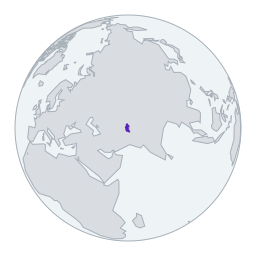 the Earth from above F.A.T.A., rotated 326°
{"feature_id": "PAK-1112", "entity_name": "F.A.T.A.", "entity_type": "Territory", "adm_level": 1, "iso_a3": "PAK", "parent_name": "Pakistan", "parent_adm1": "", "projection": "orthographic", "projection_center": [70.829, 33.002], "detail": "fine", "context": "on_globe", "style": "filled", "palette": "violet", "viewbox_px": 256, "rotation_deg": 326, "n_neighbors": 0, "source": "natural_earth", "source_scale": "10m", "svg_char_len": 11925}
<svg xmlns="http://www.w3.org/2000/svg" viewBox="0 0 256 256"><g transform="rotate(326 128 128)"><circle cx="128" cy="128" r="113" fill="#eef3f6" stroke="#a8b0b8"/><path d="M151.9,17.9L153.1,18.4L161.7,21.9L167.0,23.7L163.8,23.1L175.7,27.3L182.1,31.0L173.3,26.5L171.1,25.8L174.6,28.0L173.2,27.9L174.1,29.0L172.0,28.7L167.0,26.4L165.6,26.3L168.2,27.9L167.8,28.9L164.2,26.5L163.1,28.1L154.5,25.2L146.6,20.2L140.2,19.6L127.8,17.2L127.3,17.7L122.2,17.5L119.8,18.1L118.2,17.8L117.6,18.6L119.6,18.8L120.0,19.3L118.7,19.8L116.4,19.3L116.7,19.0L115.4,19.2L114.8,18.8L114.4,19.2L111.8,18.8L112.5,20.0L108.8,20.3L107.6,19.9L110.2,18.9L113.9,16.6L113.5,16.4L110.2,16.8L98.9,19.2L97.9,19.5L106.7,17.4L115.7,16.0L124.8,15.4L133.9,15.5L143.0,16.4L151.9,17.9ZM93.8,20.7L96.1,20.0L94.5,20.7L98.3,19.9L98.2,20.1L101.0,19.9L97.9,21.1L93.3,22.4L90.8,22.8L88.7,23.5L88.9,24.3L82.1,26.3L73.9,30.4L72.4,31.0L73.5,29.7L79.1,26.6L79.5,26.3L93.8,20.7ZM77.7,27.2L76.8,27.7L75.0,28.6L77.7,27.2ZM70.1,31.4L70.3,31.3L68.5,32.3L69.0,32.1L70.1,31.4ZM171.2,25.2L169.1,24.2L171.6,25.3L171.2,25.2ZM174.5,29.2L175.6,29.6L175.6,30.0L174.5,29.2ZM102.5,19.4L101.8,19.6L101.6,19.5L102.5,19.4ZM104.5,19.1L104.9,18.7L105.8,18.6L105.6,18.8L104.5,19.1ZM172.5,30.1L172.2,30.8L171.6,29.6L172.5,30.1ZM103.8,19.6L107.5,18.3L109.2,18.1L109.7,18.7L103.8,19.6ZM171.4,30.9L170.7,32.9L173.0,33.9L166.2,32.6L169.0,31.1L168.0,29.5L169.9,30.6L171.4,30.9ZM120.7,18.7L118.6,18.5L121.5,18.3L120.7,18.7ZM122.5,18.5L131.0,17.7L133.5,18.4L130.1,18.4L134.3,19.3L131.4,20.0L128.4,19.7L127.4,19.0L127.1,19.9L122.5,18.5ZM162.5,31.7L161.6,32.0L161.6,31.3L162.5,31.7ZM120.4,19.5L121.8,19.2L124.1,19.8L121.6,20.5L121.6,20.1L120.4,19.5ZM136.9,19.2L138.1,19.9L136.1,20.7L136.3,21.1L131.5,20.1L136.9,19.2ZM120.5,20.2L120.2,20.9L118.0,21.1L119.1,19.8L120.5,20.2ZM125.8,19.6L126.8,20.0L125.4,20.0L125.8,19.6ZM109.9,22.5L111.7,22.0L113.0,22.2L109.9,22.5ZM120.2,21.2L121.0,21.1L121.7,21.2L121.1,21.7L120.2,21.2ZM130.4,20.8L129.3,21.0L132.3,21.2L130.9,21.9L127.9,21.2L128.6,21.8L128.2,22.0L126.3,21.2L130.4,20.8ZM122.6,22.6L118.4,22.2L114.9,23.1L113.6,22.9L119.5,21.5L122.6,22.6ZM124.9,21.8L123.2,22.2L122.5,21.6L123.2,21.0L124.9,21.8ZM130.9,22.7L133.9,21.8L134.4,22.0L130.9,22.7ZM121.7,22.9L122.8,23.0L121.6,23.1L121.7,22.9ZM128.3,22.8L129.2,22.4L129.8,22.7L128.3,22.8ZM124.0,23.7L122.7,23.5L123.1,23.0L124.0,23.7ZM126.1,23.4L126.7,23.8L124.1,23.0L126.4,23.1L126.1,23.4ZM128.7,23.1L129.3,23.2L128.2,23.3L128.7,23.1ZM123.1,25.7L119.7,24.7L120.8,23.6L123.8,24.7L123.1,25.7ZM17.1,124.6L19.1,105.6L21.1,101.7L23.6,95.0L39.0,84.2L39.9,88.3L49.4,94.1L50.2,96.0L46.5,100.6L51.6,113.2L56.3,110.4L63.4,118.7L69.8,121.4L76.6,112.1L66.2,107.5L66.9,101.6L77.3,101.0L86.8,105.4L87.4,103.3L83.5,96.7L87.8,94.0L82.4,94.1L83.0,96.8L79.6,97.0L78.8,94.6L80.4,93.7L78.2,91.6L71.3,97.0L71.1,100.3L63.9,98.2L63.0,103.5L60.3,104.7L60.8,96.2L62.4,93.8L61.6,83.2L59.2,85.5L59.9,95.7L58.7,94.2L55.5,97.8L57.0,93.9L56.9,82.6L51.9,80.5L41.6,86.0L39.4,84.4L39.3,80.1L46.9,71.2L50.9,75.8L53.6,73.2L56.0,67.2L57.0,69.3L58.5,67.6L60.4,69.3L66.1,67.4L68.5,68.8L73.9,64.2L75.8,64.4L72.1,66.9L70.7,69.7L77.0,73.5L79.1,73.2L82.0,70.0L83.4,71.6L85.5,68.1L90.6,69.0L86.1,65.1L89.5,61.7L94.2,60.4L94.5,58.7L86.8,60.9L84.5,62.5L83.7,64.9L76.6,69.2L73.8,68.8L78.2,62.0L74.7,60.8L79.7,56.4L97.5,52.5L103.4,53.1L106.6,61.2L103.4,62.8L100.7,60.5L100.4,65.7L101.8,63.8L102.9,65.3L106.4,62.9L107.3,63.9L109.1,60.0L110.6,60.9L109.5,63.4L116.0,61.0L120.1,62.5L121.1,61.6L121.1,60.1L126.3,63.2L126.8,62.4L125.3,61.0L125.4,58.6L127.5,55.5L129.2,56.8L128.6,58.0L130.1,62.7L128.4,66.1L129.3,66.4L131.1,63.7L129.4,57.9L130.2,55.8L131.5,58.3L131.1,57.2L132.0,56.6L134.5,57.2L133.3,54.4L141.3,46.6L146.9,47.3L147.1,50.2L154.5,47.1L160.2,48.7L158.8,47.4L161.4,45.4L159.6,44.8L159.1,44.0L164.9,39.4L167.6,39.5L168.5,36.6L167.7,36.0L165.8,35.7L166.2,32.6L173.0,33.9L174.3,35.2L177.7,35.4L180.1,38.4L183.7,41.2L184.5,44.8L187.3,47.0L188.3,46.9L192.8,50.0L198.7,57.3L189.5,51.9L179.8,42.4L183.4,46.1L181.3,45.5L181.7,47.1L184.4,49.9L185.5,50.1L182.9,57.1L186.6,66.2L189.6,64.2L193.0,65.8L199.8,76.0L200.4,93.5L205.0,97.0L206.4,100.1L204.7,103.2L202.7,98.7L199.6,98.2L198.7,95.3L195.4,99.2L193.9,95.4L192.1,100.6L194.5,103.1L198.0,100.9L197.0,107.4L202.6,111.2L205.0,117.4L201.5,131.4L195.4,137.3L195.3,139.5L192.0,138.1L188.9,143.3L196.2,152.8L196.5,156.0L190.8,164.0L190.4,161.7L181.6,158.2L180.9,166.1L187.6,170.6L190.0,177.1L185.2,176.2L182.7,170.5L179.5,169.1L179.7,162.4L175.8,153.1L170.9,156.0L170.7,151.9L164.5,144.4L157.1,148.2L145.9,160.3L145.4,170.6L141.0,175.3L133.1,160.9L131.3,150.7L127.3,151.7L120.1,142.7L104.4,140.7L103.2,137.8L100.0,138.6L95.1,135.0L93.5,130.2L90.1,129.8L94.4,142.5L98.3,143.0L102.8,139.2L103.2,143.5L108.1,147.8L99.2,156.5L77.5,160.5L77.1,152.5L69.3,127.3L70.5,125.0L70.5,124.7L70.5,124.2L68.1,127.6L67.3,122.7L69.7,139.8L69.3,146.4L77.2,160.9L76.0,161.8L79.1,165.0L90.8,164.8L90.5,167.3L83.9,177.3L69.1,187.8L72.1,197.7L72.7,204.9L65.6,206.7L68.5,212.3L65.2,212.4L66.4,215.1L65.0,216.6L61.9,216.7L54.1,212.0L51.8,209.3L45.2,201.9L35.3,185.2L35.4,180.2L34.0,174.6L28.5,158.6L29.6,152.6L28.6,148.5L26.3,146.9L25.3,142.0L24.1,140.4L17.8,132.7L17.1,124.6ZM31.0,92.2L29.9,94.0L31.0,92.2ZM95.1,115.6L101.9,117.6L101.8,110.3L104.4,110.6L103.4,108.1L101.8,109.8L99.8,103.2L103.8,102.0L104.5,99.0L102.2,98.2L95.2,101.5L98.0,110.8L95.2,113.1L95.1,115.6ZM71.4,30.6L71.1,30.8L71.4,30.6ZM66.6,34.1L63.8,35.8L66.0,34.4L65.9,34.3L70.4,31.3L71.9,31.2L70.4,31.7L66.6,34.1ZM76.8,27.8L73.7,29.4L77.0,27.6L76.8,27.8ZM64.9,57.5L64.5,59.4L62.2,60.8L59.3,59.8L62.5,57.6L64.9,57.5ZM64.4,61.7L69.6,55.6L71.7,56.2L69.7,56.9L70.5,57.9L67.4,59.2L64.3,66.0L62.1,67.8L57.8,64.6L60.4,64.5L60.7,62.6L64.4,61.7ZM79.4,41.6L81.7,39.7L83.2,43.4L80.8,44.8L77.7,43.7L78.6,41.4L79.4,41.6ZM103.9,21.2L104.7,20.8L105.3,20.8L105.1,21.3L103.9,21.2ZM110.6,22.2L101.1,23.5L101.5,23.0L95.5,24.8L94.2,24.1L98.2,22.9L92.6,23.9L95.7,22.6L91.8,23.5L100.8,20.9L103.4,20.0L101.0,21.2L102.1,21.8L103.4,21.8L108.8,21.1L114.8,19.7L116.8,20.3L116.7,21.1L115.5,21.6L114.6,21.0L113.8,22.0L111.5,21.5L110.6,22.2ZM113.7,34.1L113.1,32.6L111.1,35.7L108.8,34.8L108.7,35.2L106.0,35.2L102.6,36.1L102.0,35.5L100.9,36.1L99.2,36.3L97.5,37.0L95.7,36.2L93.6,37.0L94.0,36.2L90.7,37.9L92.4,36.3L90.2,36.5L89.8,38.0L84.2,33.1L80.6,32.8L76.8,33.6L80.1,31.0L85.8,28.7L92.1,27.3L95.1,28.2L96.1,27.0L97.8,27.2L96.3,28.0L99.6,26.8L100.6,27.2L106.2,26.8L110.3,25.1L112.5,25.0L111.4,25.9L114.3,25.3L113.7,27.0L115.3,27.0L116.2,28.9L113.2,30.7L115.2,30.7L116.0,32.3L113.7,34.1ZM123.2,26.2L120.1,28.4L117.4,29.0L116.9,25.6L115.5,25.3L115.1,23.4L119.1,22.6L118.9,23.2L119.6,23.6L118.0,23.7L119.8,23.9L119.5,24.8L120.8,25.3L119.4,25.8L123.2,26.2ZM52.6,95.1L53.5,96.1L55.2,97.0L53.3,99.4L52.6,95.1ZM52.4,87.4L53.4,87.7L51.5,91.3L50.6,90.4L52.4,87.4ZM55.7,85.0L53.7,87.4L54.2,85.6L55.7,85.0ZM73.2,67.2L74.5,67.5L74.0,68.3L72.5,69.2L73.2,67.2ZM107.3,44.3L107.3,43.1L108.1,42.9L110.4,40.5L112.3,41.2L111.6,42.9L107.3,44.3ZM73.9,113.1L71.1,114.3L70.5,112.9L71.6,112.8L73.9,113.1ZM61.0,106.8L63.1,109.6L60.4,107.4L61.0,106.8ZM109.7,44.7L110.4,43.5L110.9,44.6L109.7,44.7ZM113.8,41.6L114.6,42.6L112.8,41.0L113.8,41.6ZM125.5,239.4L127.3,239.7L125.4,239.7L125.5,239.4ZM90.2,208.3L86.9,218.8L82.0,217.5L79.7,213.9L79.9,207.2L85.2,206.4L87.4,203.5L90.2,208.3ZM210.7,184.1L212.9,183.2L212.8,183.7L210.7,184.1ZM208.5,183.9L211.1,182.6L207.9,185.0L208.5,183.9ZM212.1,182.2L214.8,179.9L216.0,178.6L215.7,179.6L212.1,182.2ZM206.6,184.8L195.9,189.0L191.4,189.4L192.6,187.6L199.8,185.4L206.6,184.8ZM192.3,187.6L185.2,185.4L174.4,174.6L178.3,174.0L189.4,179.3L188.7,180.8L193.0,183.1L192.3,187.6ZM208.6,173.3L207.9,177.6L202.1,179.8L199.4,180.2L197.5,175.6L198.6,172.5L200.9,171.7L208.8,158.7L211.8,159.7L209.6,164.8L211.9,167.4L208.6,173.3ZM146.0,171.5L149.0,177.2L146.5,178.4L146.0,171.5ZM211.4,150.4L208.6,156.2L210.9,149.1L211.4,150.4ZM212.4,144.1L212.9,146.2L211.3,144.8L212.4,144.1ZM195.9,142.6L193.5,144.0L193.1,142.4L195.9,139.7L195.9,142.6ZM206.8,122.8L208.0,127.5L207.9,129.3L206.3,126.9L206.8,122.8ZM126.8,50.8L121.5,53.3L118.9,55.9L119.4,58.5L116.5,56.0L120.4,52.0L126.8,50.8ZM139.3,46.9L138.8,44.9L140.5,45.3L140.8,45.8L139.3,46.9ZM137.9,46.0L134.6,44.5L135.3,43.1L137.8,44.5L137.9,46.0ZM122.0,44.1L120.3,44.7L119.9,43.8L122.0,44.1ZM212.4,202.6L212.9,202.0L211.6,203.1L195.6,216.4L193.0,217.5L195.4,215.1L196.3,210.2L197.4,209.8L198.9,205.6L209.3,196.9L217.3,185.5L221.1,183.1L225.2,174.9L228.4,172.2L226.3,177.8L228.4,177.3L233.1,164.4L231.2,173.2L231.1,173.4L227.3,181.2L222.9,188.7L217.9,195.9L212.4,202.6ZM216.1,181.4L219.4,176.6L220.9,175.3L216.1,181.4ZM236.6,153.7L237.0,156.0L236.1,158.1L235.3,157.4L233.6,162.2L230.4,165.7L231.5,163.0L231.3,160.6L227.3,163.4L226.6,162.2L228.2,159.6L225.2,160.5L228.5,157.0L229.6,159.8L231.3,155.2L233.9,153.1L235.9,151.5L237.1,151.9L236.6,153.7ZM228.0,165.5L228.6,165.1L228.0,166.6L228.0,165.5ZM239.5,143.2L239.5,143.9L239.4,144.5L239.4,144.8L239.5,143.2ZM237.4,150.7L238.9,144.7L239.1,144.1L238.0,149.6L237.4,150.7ZM238.7,143.3L239.2,142.5L239.3,143.6L239.2,144.4L238.7,143.3ZM221.4,167.3L221.2,168.4L220.3,168.2L221.4,167.3ZM222.7,165.8L225.3,165.0L222.4,166.9L222.7,165.8ZM213.5,167.6L214.4,169.7L217.4,166.4L215.1,170.0L216.9,173.1L216.1,175.0L214.4,171.6L213.4,176.7L212.0,177.3L211.5,173.7L213.0,168.0L214.3,165.2L219.6,161.4L213.5,167.6ZM222.7,162.6L222.0,160.1L222.5,157.7L223.4,158.8L222.7,162.6ZM219.3,154.2L216.9,151.9L215.0,154.4L218.5,147.0L220.3,150.5L219.3,154.2ZM216.7,147.3L215.0,149.7L216.5,145.6L216.7,147.3ZM214.3,148.7L213.7,146.3L215.3,145.8L214.3,148.7ZM217.7,146.9L217.4,142.4L218.5,144.5L217.7,146.9ZM212.1,140.9L216.1,143.3L211.5,143.8L209.7,135.5L211.5,134.3L212.1,140.9ZM211.8,101.0L210.5,98.9L211.6,97.4L212.3,99.3L211.8,101.0ZM214.2,91.3L211.5,96.3L209.1,100.7L210.6,101.1L211.5,105.7L208.3,102.9L208.9,96.9L211.0,94.3L209.8,90.7L210.4,87.2L207.9,83.2L207.7,80.9L210.6,83.8L214.2,91.3ZM206.7,81.7L202.6,74.5L205.6,73.6L207.1,75.0L207.8,78.6L206.2,78.8L206.7,81.7ZM202.5,72.5L200.9,72.7L191.6,64.3L190.4,62.4L199.0,67.9L198.0,68.5L199.8,70.9L202.5,72.5ZM162.7,32.5L161.7,32.0L162.9,32.2L162.7,32.5ZM158.1,43.8L157.7,42.7L159.1,42.8L158.1,43.8ZM157.2,40.0L155.9,40.7L156.5,39.5L157.2,40.0ZM153.1,42.3L155.0,40.7L154.2,43.0L153.1,42.3Z" fill="#d9dde1" stroke="#a8b0b8" stroke-width="1"/><path d="M128.4,125.0L128.4,124.9L128.4,124.7L128.5,124.6L128.7,124.4L128.8,124.3L129.0,124.2L129.1,124.3L129.2,124.5L129.3,124.5L129.5,124.5L129.5,124.8L129.4,124.8L129.3,125.0L129.3,125.3L129.2,125.3L129.1,125.5L128.8,125.7L128.8,125.8L128.9,126.0L129.0,126.2L129.0,126.3L129.1,126.5L129.3,126.6L129.4,126.4L129.5,126.3L129.6,126.5L129.7,126.8L129.4,126.9L129.2,126.9L129.3,126.8L129.3,126.7L129.0,126.7L128.9,126.7L128.9,126.8L128.8,126.7L128.7,126.7L128.4,126.8L128.5,126.8L128.4,126.8L128.0,126.9L127.9,126.8L127.8,127.0L127.7,127.1L127.4,127.2L127.5,127.3L127.6,127.5L127.8,127.5L128.0,127.6L127.9,127.8L127.7,127.9L127.5,128.0L127.4,128.1L127.3,128.3L127.3,128.5L127.6,129.0L127.4,129.0L127.2,129.2L127.2,129.3L126.9,129.4L126.9,129.5L126.7,129.6L126.8,129.7L126.8,129.8L126.9,130.0L127.0,130.2L127.0,130.3L127.0,130.5L127.3,131.4L127.3,131.5L127.2,131.6L127.1,131.8L127.0,131.7L127.0,131.4L127.0,131.2L126.9,131.0L126.7,131.1L126.7,131.3L126.6,131.0L126.5,130.9L126.5,130.7L126.5,130.4L126.5,130.2L126.4,130.3L126.4,130.2L126.3,129.9L126.1,129.9L126.0,130.0L125.9,130.0L125.6,130.1L125.4,129.9L125.4,129.7L125.4,129.4L125.4,129.2L125.4,128.9L125.5,128.9L125.7,128.7L125.6,128.4L125.8,128.3L125.8,128.2L125.8,127.9L126.0,127.8L126.3,127.8L126.6,127.7L126.8,127.6L127.1,127.4L127.1,127.2L126.9,127.1L126.9,126.9L126.9,126.7L126.7,126.5L126.5,126.4L126.5,126.2L126.4,126.2L126.5,126.0L126.6,125.9L127.0,126.1L127.3,126.1L127.5,126.2L127.9,126.1L128.1,126.1L128.4,126.0L128.4,125.9L128.4,125.7L128.5,125.7L128.4,125.6L128.5,125.4L128.4,125.3L128.3,125.2L128.2,125.1L128.3,124.9L128.4,125.0Z" fill="#8b5cf6" stroke="#5b21b6" stroke-width="1.5"/></g></svg>